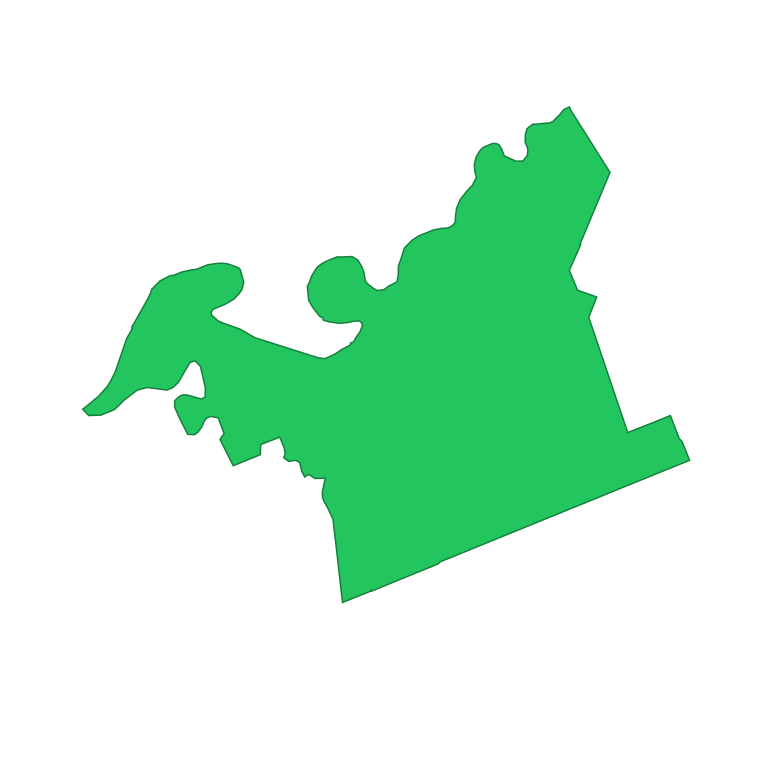 the district of Foni Kansala, West Coast, Gambia, rotated 338°
{"feature_id": "56634734B42615963496738", "entity_name": "Foni Kansala", "entity_type": "district", "adm_level": 2, "iso_a3": "GMB", "parent_name": "Gambia", "parent_adm1": "West Coast", "projection": "albers", "projection_center": [-16.082, 13.232], "detail": "fine", "context": "isolated", "style": "filled", "palette": "green", "viewbox_px": 768, "rotation_deg": 338, "n_neighbors": 0, "source": "geoboundaries", "source_scale": "gbopen_adm2", "svg_char_len": 3072}
<svg xmlns="http://www.w3.org/2000/svg" viewBox="0 0 768 768"><g transform="rotate(338 384 384)"><path d="M263.7,571.0L294.0,571.1L294.7,570.3L294.7,571.4L322.3,571.2L360.8,571.1L367.2,571.0L369.5,569.9L439.1,569.7L547.7,569.4L567.6,569.3L585.2,569.3L638.8,569.2L638.8,549.1L637.3,545.3L637.7,520.5L624.2,520.6L591.8,520.3L594.9,466.5L597.2,427.3L598.8,398.9L613.8,383.1L598.6,369.5L598.4,348.1L618.4,328.6L617.7,328.2L672.8,272.5L659.7,200.0L659.8,196.6L657.6,196.7L655.0,196.7L652.0,197.7L648.4,199.8L638.7,203.9L637.2,203.9L635.1,204.0L630.5,202.4L623.4,200.4L619.3,198.9L615.2,199.9L612.1,201.0L608.5,205.6L605.5,212.8L605.5,219.0L604.5,222.1L602.5,225.7L596.4,229.3L589.7,226.8L581.0,217.6L581.0,209.9L580.4,205.7L579.4,204.2L577.3,202.7L574.8,201.6L571.7,201.7L568.1,201.7L565.6,201.7L563.5,202.2L560.0,203.8L555.9,206.9L553.8,208.9L551.3,212.6L549.8,214.6L547.8,221.3L547.3,226.0L546.3,228.0L544.7,229.1L540.6,232.7L532.3,236.6L532.0,236.8L523.8,241.5L517.2,248.2L513.6,254.4L510.6,260.6L508.9,261.7L508.0,262.1L505.0,263.2L501.4,263.2L495.3,261.2L487.6,259.7L476.8,259.7L471.2,259.7L463.6,261.3L453.9,265.5L446.2,274.8L441.6,279.9L438.1,288.2L434.5,293.9L432.0,294.4L425.8,294.9L425.3,294.9L419.7,296.5L413.1,295.0L410.0,291.4L407.4,286.8L405.3,282.7L405.8,279.1L407.3,272.4L407.3,266.7L406.3,259.5L402.2,253.9L392.9,250.6L387.8,248.5L384.7,249.0L386.3,248.5L376.1,248.6L371.5,249.1L365.8,250.7L362.8,252.7L357.2,256.9L354.1,260.5L352.1,262.6L349.5,264.6L348.5,268.2L345.5,278.0L346.6,286.3L349.7,297.1L351.7,299.6L351.7,302.2L356.4,305.8L365.1,310.9L373.3,313.4L378.9,314.4L384.5,316.0L386.1,318.5L386.1,321.6L381.0,326.8L375.4,330.4L371.8,333.5L368.2,333.5L367.7,335.1L358.0,336.1L352.6,337.3L350.4,337.7L343.7,338.3L338.6,338.3L333.0,335.2L281.6,292.7L270.8,278.9L262.1,271.2L257.0,266.6L253.9,263.5L249.8,255.3L251.3,252.2L253.3,250.7L256.4,250.6L266.1,250.6L270.2,250.1L276.8,249.0L283.5,245.9L287.6,243.3L290.1,239.7L292.1,237.1L293.6,224.2L292.6,221.7L286.9,216.5L283.3,213.5L278.2,210.9L271.6,208.9L264.9,207.4L259.8,207.4L253.1,207.4L247.5,205.9L238.3,204.4L229.1,204.4L226.5,203.4L214.8,204.5L204.1,209.2L201.5,212.3L197.2,216.2L196.4,216.9L174.5,234.5L172.0,236.1L170.4,239.2L162.8,245.1L139.4,272.0L134.8,276.1L131.2,279.2L126.1,282.9L114.4,288.6L111.3,289.6L110.3,289.6L107.8,290.7L96.0,294.3L95.2,294.5L98.4,302.6L109.8,306.8L124.7,306.7L137.2,301.5L138.3,301.2L153.0,297.2L163.2,298.6L180.4,308.3L186.5,308.3L193.9,305.5L204.1,297.5L212.4,291.3L217.5,291.8L220.4,298.8L217.0,320.6L213.3,329.0L209.1,329.5L197.0,320.2L193.7,318.8L189.6,318.8L183.5,321.2L181.2,327.3L181.8,341.8L183.2,357.2L189.3,360.0L193.4,359.0L198.1,356.2L204.1,350.5L207.3,349.1L211.1,349.1L217.6,353.3L217.2,370.1L211.2,373.9L213.6,403.3L242.9,403.2L247.0,393.9L267.5,394.2L267.5,405.9L266.2,412.0L263.4,414.8L266.7,420.0L273.6,421.8L276.4,425.1L275.1,433.9L275.6,440.5L280.2,439.5L284.4,445.6L294.2,449.3L286.4,461.0L284.5,466.2L284.5,470.9L285.1,475.6L285.5,479.3L286.0,490.5L281.5,506.6L280.0,512.3L263.7,571.0Z" fill="#22c55e" stroke="#15803d" stroke-width="1.5"/></g></svg>